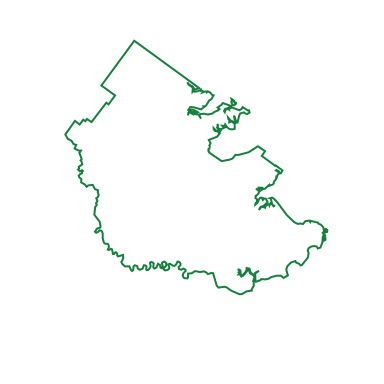 outline of Litchfield, Northern Territory, Australia, rotated 126°
{"feature_id": "25037944B87513158470011", "entity_name": "Litchfield", "entity_type": "district", "adm_level": 2, "iso_a3": "AUS", "parent_name": "Australia", "parent_adm1": "Northern Territory", "projection": "mercator", "projection_center": [131.088, -12.502], "detail": "fine", "context": "isolated", "style": "outline", "palette": "green", "viewbox_px": 384, "rotation_deg": 126, "n_neighbors": 0, "source": "geoboundaries", "source_scale": "gbopen_adm2", "svg_char_len": 6058}
<svg xmlns="http://www.w3.org/2000/svg" viewBox="0 0 384 384"><g transform="rotate(126 192 192)"><path d="M219.9,328.3L222.0,323.8L221.4,319.5L222.9,315.9L221.9,313.4L225.9,312.5L225.1,308.1L223.8,306.2L226.6,306.1L229.7,301.3L230.3,300.6L231.9,300.7L232.0,299.6L234.2,297.0L238.1,298.4L239.4,297.1L240.8,297.4L241.2,295.0L239.0,293.8L239.1,292.7L240.7,292.8L241.6,292.0L243.1,293.0L245.4,293.2L246.4,291.8L246.6,289.1L249.4,287.3L248.9,283.1L249.7,280.3L247.6,279.8L244.6,276.5L246.7,272.2L245.9,269.1L247.6,268.0L249.4,265.6L252.1,265.2L253.3,265.8L254.9,263.2L257.4,263.1L258.3,261.5L261.3,261.4L267.8,257.6L270.3,249.3L273.7,245.7L274.8,245.4L277.3,247.3L281.1,247.2L281.3,245.6L279.5,244.5L277.3,244.3L276.6,242.2L278.1,239.8L281.9,237.1L284.6,233.7L285.0,232.3L283.5,229.5L284.1,228.0L285.6,226.8L288.1,226.3L287.8,225.2L285.5,224.0L285.4,223.1L288.6,219.4L287.9,218.6L286.0,218.6L285.4,217.8L285.7,216.4L287.3,215.2L287.6,214.0L283.5,210.8L286.3,208.5L290.2,208.0L291.1,206.4L291.6,202.5L288.9,199.0L291.0,195.5L291.1,194.0L289.9,193.6L286.4,195.6L284.9,195.2L284.1,192.8L285.8,190.9L285.5,188.4L283.0,186.9L279.6,187.9L278.9,186.8L278.9,185.2L281.7,183.4L281.8,182.7L280.7,181.6L277.4,181.4L276.1,182.0L274.0,184.4L272.6,183.9L272.1,181.8L272.4,180.9L275.5,179.3L276.1,177.6L274.1,176.4L270.1,177.3L269.9,174.8L271.7,173.2L271.6,172.0L269.3,172.0L267.3,174.5L266.0,174.5L264.5,173.4L264.6,171.2L266.0,169.9L267.5,169.6L270.7,170.4L271.0,170.0L271.4,168.1L270.0,166.3L267.8,165.4L266.7,165.7L264.4,168.6L263.0,167.6L262.9,164.3L262.1,162.8L260.1,162.2L256.8,162.8L256.4,162.3L256.1,160.4L256.8,159.0L258.2,158.3L260.6,158.7L262.0,157.3L261.3,155.1L258.9,153.9L258.8,151.3L259.6,150.8L262.8,151.2L264.8,150.6L266.1,148.7L266.1,147.4L264.8,145.2L263.5,145.0L260.3,147.2L257.7,144.3L254.3,143.1L251.9,138.3L249.2,135.7L248.7,133.2L249.0,130.8L246.4,129.0L245.3,127.2L253.3,116.9L253.8,114.4L249.6,110.1L248.8,107.9L248.8,102.6L247.4,96.1L246.8,93.6L245.4,91.7L240.2,89.4L236.7,85.7L235.8,86.5L231.6,86.9L228.1,89.4L228.2,90.1L224.2,91.3L223.3,92.9L223.7,97.4L221.1,100.8L229.5,101.4L231.4,102.4L230.4,104.8L231.3,105.9L229.7,105.9L229.4,108.1L229.6,105.0L227.3,106.8L227.2,108.0L228.1,109.5L227.1,108.5L227.0,106.8L230.7,103.5L230.7,102.5L225.3,101.6L221.9,102.5L221.0,103.9L221.4,102.6L220.2,100.5L222.9,97.0L222.4,92.3L220.1,93.4L216.4,91.5L220.7,93.0L226.3,88.7L227.0,87.5L223.1,84.8L221.8,84.8L219.8,81.5L217.2,79.1L214.3,77.9L209.9,74.2L207.5,71.0L207.7,67.4L203.1,65.4L199.7,69.8L198.2,70.6L195.7,71.2L191.2,70.6L187.1,67.8L187.9,66.3L187.1,63.2L187.6,61.1L186.7,60.2L177.2,59.7L173.0,61.6L171.4,63.9L168.9,64.6L166.1,63.5L163.9,61.4L162.8,58.8L163.7,57.0L161.5,55.5L156.0,56.9L152.0,59.5L148.6,60.6L148.1,63.0L147.7,61.2L146.4,61.9L143.2,65.3L142.7,68.8L143.3,71.1L142.7,71.9L145.6,79.1L146.8,78.7L146.4,80.7L149.1,83.2L152.7,83.4L153.9,86.0L155.5,87.4L156.0,89.2L156.3,91.8L154.9,101.9L150.2,116.9L149.3,121.4L149.5,124.0L151.3,125.3L151.0,124.4L154.7,120.1L155.3,117.7L154.1,117.3L155.2,117.2L155.7,117.6L155.0,119.2L155.1,121.9L157.3,121.4L156.5,122.4L157.0,123.0L160.5,124.3L161.8,123.7L162.0,125.2L163.8,127.2L167.3,127.3L163.8,127.7L161.2,125.9L155.7,124.9L154.0,128.5L155.4,130.2L156.8,130.0L156.3,131.1L155.3,131.2L155.8,132.7L157.2,133.6L162.8,132.7L165.1,133.3L164.0,133.9L161.4,133.8L159.6,135.3L159.6,137.1L157.6,138.2L157.2,137.7L153.8,137.4L152.3,138.0L148.0,136.5L147.6,137.6L149.6,140.3L150.8,138.4L151.8,138.7L151.7,142.3L151.3,138.6L149.3,140.6L147.3,137.7L147.4,135.8L146.5,135.0L140.9,133.7L141.5,133.1L138.3,131.0L137.0,130.9L135.7,131.8L132.1,131.6L129.1,133.3L129.9,132.2L127.7,132.9L126.2,132.6L125.0,133.7L125.2,136.8L124.5,136.6L124.2,133.9L125.3,131.9L124.7,131.1L121.3,131.5L121.4,140.0L121.9,140.0L121.8,156.7L116.0,156.9L116.3,165.6L126.5,169.5L134.7,176.2L136.4,178.7L141.1,178.9L144.0,180.8L149.6,186.2L150.0,201.4L149.2,201.9L149.1,203.0L147.4,203.9L146.8,203.4L144.7,204.3L144.2,205.3L141.6,205.7L140.0,209.0L132.5,204.2L128.3,204.0L128.5,205.2L127.7,205.9L128.9,209.0L128.6,211.1L127.6,212.0L128.3,208.4L126.0,206.1L125.2,209.6L123.1,210.2L122.1,211.6L122.7,210.1L124.7,209.3L125.1,206.9L123.8,205.3L120.3,203.3L120.9,204.8L120.6,206.5L119.3,204.4L117.8,204.9L119.1,201.1L119.0,198.7L117.9,196.5L116.0,194.5L111.5,197.7L111.9,202.6L112.5,203.1L113.3,202.4L113.8,202.8L111.6,204.2L111.7,205.3L110.6,206.5L111.4,202.9L110.3,197.3L109.6,197.5L108.1,200.5L106.3,201.8L106.4,203.2L106.0,202.4L106.1,201.7L109.4,197.3L109.0,196.1L102.0,198.9L100.1,199.1L97.1,196.8L97.2,194.9L96.4,193.2L93.9,192.1L92.4,193.9L93.2,194.7L93.6,201.0L95.6,200.7L98.0,201.7L100.1,209.2L102.7,211.0L103.5,210.3L103.4,211.3L105.5,213.2L108.2,212.4L107.7,213.7L105.2,214.0L103.1,212.3L99.4,210.9L102.0,219.4L104.3,219.4L108.6,221.0L108.7,218.6L109.8,219.1L110.4,218.7L114.1,221.0L116.2,221.4L119.9,224.6L121.6,228.3L124.5,231.5L125.6,231.4L127.4,227.8L125.5,232.2L127.4,235.8L128.5,236.4L128.9,240.7L130.0,241.2L132.4,240.3L129.8,241.6L128.2,241.2L127.9,243.1L124.4,243.4L122.5,240.4L119.8,233.2L116.2,232.2L115.9,233.0L115.3,232.0L113.8,231.4L107.8,231.9L105.5,230.9L101.1,231.4L101.6,232.9L100.8,235.7L101.3,238.4L102.8,238.6L102.3,239.6L102.9,240.4L105.3,242.0L104.0,242.0L104.2,243.8L104.9,244.3L104.1,244.9L107.3,246.7L109.3,248.8L109.6,250.2L110.7,250.4L107.0,252.8L107.2,257.8L105.9,260.3L106.8,257.6L106.2,253.7L107.6,250.0L103.7,247.3L103.6,327.6L159.1,327.9L159.1,311.0L170.2,311.0L170.1,313.8L194.5,314.4L194.7,319.9L197.4,319.9L197.4,322.5L203.4,322.5L203.3,328.5L219.9,328.3ZM94.6,208.3L94.0,208.9L94.7,209.9L93.7,211.2L94.3,211.6L93.3,212.7L93.5,214.7L94.3,213.5L95.9,213.3L97.5,211.0L97.2,209.0L94.6,208.3ZM127.1,242.5L127.5,239.5L125.4,235.6L124.3,237.4L125.2,240.1L127.1,242.5ZM144.1,62.5L146.2,60.3L144.9,59.3L143.2,60.1L143.2,62.1L144.1,62.5ZM150.5,58.3L153.4,57.1L153.6,56.6L152.2,55.9L150.4,57.5L150.5,58.3ZM124.1,235.6L124.8,235.0L124.0,234.2L123.9,234.9L124.1,235.6ZM126.7,204.9L127.4,205.4L127.8,204.9L126.7,204.9ZM148.7,59.2L149.9,58.7L148.9,58.7L148.7,59.2Z" fill="none" stroke="#15803d" stroke-width="2"/></g></svg>